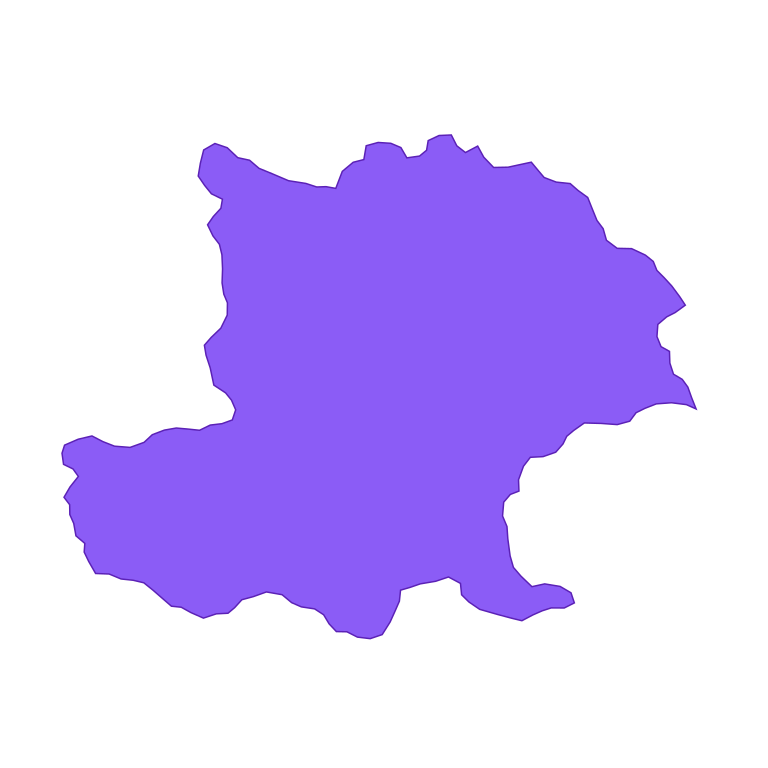 Dores do Turvo, Minas Gerais, Brazil (Albers equal-area conic projection), rotated 96°
{"feature_id": "56859067B44427831669894", "entity_name": "Dores do Turvo", "entity_type": "district", "adm_level": 2, "iso_a3": "BRA", "parent_name": "Brazil", "parent_adm1": "Minas Gerais", "projection": "albers", "projection_center": [-43.164, -21.023], "detail": "fine", "context": "isolated", "style": "filled", "palette": "violet", "viewbox_px": 768, "rotation_deg": 96, "n_neighbors": 0, "source": "geoboundaries", "source_scale": "gbopen_adm2", "svg_char_len": 2513}
<svg xmlns="http://www.w3.org/2000/svg" viewBox="0 0 768 768"><g transform="rotate(96 384 384)"><path d="M162.5,577.3L170.1,587.8L183.5,589.7L196.6,590.5L205.3,583.1L212.9,575.5L217.1,564.0L226.3,564.6L235.2,571.2L244.1,576.1L254.6,569.6L262.3,562.3L272.4,558.7L286.4,556.6L300.4,555.6L311.4,552.7L319.6,548.2L331.9,547.1L345.5,552.1L355.7,560.7L364.2,566.7L373.9,564.0L386.2,558.5L402.9,553.1L409.4,540.6L416.0,534.0L425.2,528.8L435.6,531.1L440.4,541.0L443.0,552.5L449.3,562.6L449.3,574.1L449.5,586.0L452.8,597.6L458.6,609.1L467.1,616.5L473.6,629.9L474.0,645.5L470.7,657.5L466.2,669.0L470.9,682.4L478.2,695.3L486.5,697.0L497.4,694.3L501.0,684.4L507.9,678.3L519.2,685.5L530.1,690.4L536.9,684.0L546.7,682.8L555.1,678.0L567.2,674.5L573.8,664.9L582.5,664.6L591.4,659.1L602.6,651.0L601.7,637.5L605.4,625.1L605.4,613.0L606.8,602.1L613.2,592.2L621.2,580.8L627.2,572.2L627.2,562.3L631.5,552.2L635.7,539.1L630.1,526.7L628.3,515.2L622.1,509.2L613.4,502.8L609.1,491.7L603.1,479.2L604.2,463.3L611.1,453.0L614.3,442.9L614.9,429.5L619.8,419.9L628.3,413.5L635.2,405.5L634.3,395.0L638.5,384.0L638.7,371.1L633.4,359.6L620.0,353.0L608.2,349.1L598.4,346.0L587.3,346.0L583.5,336.7L579.0,327.1L574.8,312.0L569.2,299.7L574.3,287.1L585.5,284.8L591.9,276.8L598.1,265.3L601.4,246.6L603.7,231.9L605.0,222.1L598.1,211.8L593.0,202.9L589.2,194.3L587.9,181.3L581.8,171.8L572.1,176.2L566.9,187.7L566.0,203.3L570.1,215.7L560.7,227.8L552.9,236.1L541.8,240.6L524.9,244.7L512.9,246.8L502.9,252.3L489.0,252.6L480.6,246.8L476.4,238.6L465.2,240.2L451.2,236.7L441.6,230.8L439.6,218.2L433.9,206.1L424.9,199.7L416.9,196.8L410.3,190.4L401.8,180.7L400.5,163.8L400.0,147.8L395.3,135.7L386.2,130.3L380.9,121.9L375.3,111.1L372.6,96.1L372.9,81.1L376.2,71.0L365.5,76.6L355.3,81.5L348.2,87.9L344.0,97.1L333.3,101.9L321.7,103.5L317.9,112.4L308.3,117.5L296.1,117.9L287.7,109.9L282.5,101.9L274.1,92.6L266.3,99.0L256.5,108.0L249.0,116.5L242.5,124.5L234.0,129.0L228.5,137.5L223.5,151.9L224.7,166.3L217.8,177.8L206.6,182.3L199.1,189.3L187.1,195.7L177.2,200.9L171.2,211.3L165.2,219.8L165.2,233.8L161.9,246.3L155.8,252.7L148.0,260.7L151.6,271.7L155.4,283.2L157.2,297.6L148.0,308.5L137.6,315.7L145.3,327.2L139.5,336.5L129.3,343.1L131.1,355.2L137.3,365.5L147.1,366.1L153.6,372.5L156.7,384.9L147.1,391.9L143.9,402.4L144.4,415.1L148.9,426.6L162.9,427.5L166.7,437.8L176.9,447.7L194.5,452.4L193.8,462.3L195.1,471.5L192.7,482.7L191.8,500.2L186.7,516.8L182.6,530.8L175.5,541.1L174.2,553.1L165.4,564.6L162.5,577.3Z" fill="#8b5cf6" stroke="#5b21b6" stroke-width="1.5"/></g></svg>